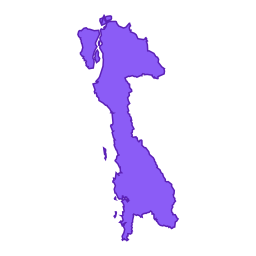 Mawlamyine, Mon, Myanmar
{"feature_id": "60261553B68016490563167", "entity_name": "Mawlamyine", "entity_type": "district", "adm_level": 2, "iso_a3": "MMR", "parent_name": "Myanmar", "parent_adm1": "Mon", "projection": "orthographic", "projection_center": [97.813, 15.742], "detail": "fine", "context": "isolated", "style": "filled", "palette": "violet", "viewbox_px": 256, "rotation_deg": 0, "n_neighbors": 0, "source": "geoboundaries", "source_scale": "gbopen_adm2", "svg_char_len": 5840}
<svg xmlns="http://www.w3.org/2000/svg" viewBox="0 0 256 256"><path d="M129.2,23.4L125.8,27.3L123.5,28.0L118.7,26.0L116.9,23.5L116.3,21.8L115.7,21.4L109.2,21.5L106.8,22.9L106.0,26.5L104.3,29.2L102.5,29.4L101.3,28.9L100.8,29.4L100.6,30.8L101.4,35.2L99.9,37.9L100.3,40.1L102.2,43.2L102.0,44.4L100.0,46.2L99.8,47.2L99.9,48.2L103.0,53.5L102.9,57.6L103.4,59.5L103.0,66.2L99.7,76.6L98.7,78.3L96.0,81.3L96.7,82.0L98.0,81.7L97.7,82.6L93.0,84.0L95.1,90.0L94.3,91.5L94.8,93.2L95.4,92.8L96.5,93.2L96.5,94.9L97.1,95.7L96.8,96.2L98.7,97.9L99.0,100.5L103.1,103.0L105.5,105.2L107.1,105.5L107.2,106.1L109.9,109.1L111.2,111.9L112.2,111.2L110.9,112.7L113.3,113.1L112.1,113.6L113.0,122.8L112.8,124.0L112.1,125.0L111.2,124.7L110.6,126.0L112.6,131.1L113.4,131.2L112.1,132.4L113.5,137.6L114.9,139.7L114.2,139.6L114.0,140.3L114.6,144.3L114.2,144.5L114.3,145.6L116.2,150.0L116.7,150.1L118.1,154.7L118.4,155.1L119.7,154.8L117.7,155.4L116.9,156.2L116.4,159.1L115.4,160.0L115.1,160.8L117.9,163.9L119.6,167.5L120.2,167.2L120.4,171.5L121.6,172.7L119.5,172.9L118.2,173.8L119.0,175.3L118.8,175.4L116.1,172.7L115.3,178.8L113.6,178.2L113.9,180.5L112.9,181.0L112.9,182.1L114.2,183.0L115.4,185.8L114.2,189.1L115.0,193.0L116.0,193.2L117.9,197.4L119.2,199.1L119.7,198.7L122.3,199.3L122.5,196.0L122.9,196.0L123.1,197.6L124.0,197.3L125.4,197.5L125.7,196.9L126.7,197.2L126.8,198.1L128.5,199.3L128.2,200.7L127.8,200.6L127.8,201.1L128.3,201.1L127.5,201.8L126.4,200.3L126.8,199.9L124.8,199.3L124.6,198.6L125.2,198.0L124.5,197.9L124.1,199.5L121.6,201.4L122.8,202.8L123.9,205.1L124.0,206.8L123.2,206.7L124.1,210.8L123.7,212.0L122.7,211.9L122.9,215.4L122.3,215.8L121.1,215.7L122.1,216.4L123.1,220.1L122.2,221.5L121.3,221.7L120.9,221.0L119.7,222.3L120.9,222.5L122.3,225.9L123.1,225.4L122.6,225.0L122.5,224.2L124.6,223.6L125.1,222.7L125.6,222.7L124.6,223.8L123.8,224.3L124.2,225.0L123.4,226.3L124.7,229.2L124.0,232.5L122.1,236.3L122.9,239.1L122.2,239.6L122.5,240.2L124.4,238.9L124.6,239.5L126.5,240.0L126.9,240.6L128.3,239.6L127.0,238.2L126.8,237.1L127.2,236.1L128.0,235.9L127.9,233.7L130.6,234.0L131.9,232.9L131.6,231.4L132.3,231.0L131.5,229.2L132.2,227.5L131.4,226.1L132.1,224.9L131.7,223.2L132.6,222.2L132.6,220.2L133.5,216.1L133.2,214.7L133.7,214.1L136.6,215.4L137.5,214.8L139.6,215.7L140.8,217.1L141.4,216.7L142.2,217.1L141.8,215.0L143.4,213.7L145.6,213.2L146.0,213.4L147.2,212.7L149.1,212.3L150.7,211.0L152.0,212.2L152.1,214.1L153.5,213.9L153.9,214.3L154.0,218.3L154.7,219.4L155.8,218.7L155.8,219.3L156.6,219.6L156.0,220.1L156.7,220.4L156.6,221.3L157.6,222.0L158.4,223.7L160.3,225.3L162.9,225.9L163.8,225.3L166.3,226.4L167.8,226.1L168.9,227.4L169.8,226.6L171.5,228.5L172.7,228.0L173.0,227.3L174.7,227.0L175.3,222.0L176.7,221.1L178.1,218.9L176.4,217.4L176.5,216.8L175.2,214.7L172.9,214.6L172.9,213.3L171.8,212.2L171.5,210.3L171.7,208.9L172.8,207.0L172.2,206.1L172.4,205.3L173.7,204.0L174.0,202.8L175.5,201.1L174.7,199.8L174.8,198.3L173.7,197.3L173.3,194.4L174.0,194.0L174.3,190.6L171.6,186.3L171.7,184.4L168.2,181.6L166.5,181.8L165.3,181.0L165.3,179.3L163.5,176.8L162.6,173.8L161.2,172.8L159.9,169.8L156.9,167.5L157.4,166.8L156.9,165.2L156.0,164.5L155.7,162.6L154.6,161.2L154.4,159.8L153.3,157.8L149.5,154.5L148.7,151.7L145.7,147.7L144.4,147.6L142.0,145.4L141.9,140.6L141.5,140.1L140.0,140.3L139.3,141.6L138.7,141.7L137.5,140.1L137.2,138.0L136.3,137.9L136.0,136.8L133.1,137.3L131.8,136.3L132.2,135.7L132.1,134.7L131.3,133.1L132.3,132.3L132.4,129.9L134.0,128.9L132.0,125.2L132.1,123.1L130.7,120.7L130.8,120.2L131.6,120.2L130.9,117.2L129.7,115.9L129.6,114.2L128.5,113.8L127.6,111.9L128.7,110.9L127.4,106.5L128.0,104.8L129.7,103.5L128.4,100.8L127.6,97.7L129.4,95.4L128.9,92.9L131.7,91.4L131.6,89.9L129.6,87.5L129.6,84.5L129.0,84.5L129.0,83.8L128.1,83.3L126.9,81.3L126.3,81.2L125.0,78.0L128.5,76.2L129.4,76.5L132.4,75.6L134.2,76.5L135.8,76.5L136.9,77.2L140.5,75.6L141.9,75.7L141.8,74.9L142.8,73.7L144.4,74.1L144.4,74.7L147.2,74.4L152.2,75.2L152.2,76.1L154.0,78.0L154.5,77.2L155.2,78.0L157.3,78.6L158.0,78.5L158.0,76.6L164.1,73.9L164.5,71.1L164.0,69.1L164.4,68.7L161.8,66.9L158.2,62.3L158.6,59.4L157.5,57.3L155.8,56.5L153.9,53.4L149.2,50.9L147.7,50.8L147.4,44.7L146.4,41.6L147.4,41.0L146.2,39.6L146.7,38.9L145.9,37.7L145.4,38.0L145.3,38.7L143.5,39.6L137.9,38.7L136.1,34.7L134.5,33.4L130.5,31.8L131.0,30.2L129.7,30.1L129.4,28.6L129.4,27.4L129.7,26.5L130.5,25.9L130.4,25.3L130.1,25.2L129.6,23.3L129.2,23.4ZM87.8,29.1L86.2,27.8L83.9,28.3L81.2,30.8L80.0,30.5L79.2,30.8L78.6,31.7L77.9,34.4L78.6,36.3L80.0,37.9L80.6,37.9L80.4,39.1L81.2,40.4L81.1,41.2L81.7,43.6L82.0,43.7L82.8,47.6L81.7,51.4L80.4,52.8L80.5,54.1L82.2,56.3L82.6,56.1L83.7,56.7L83.0,58.2L84.1,58.7L84.4,60.6L85.7,60.4L86.7,62.3L86.1,61.9L85.7,62.6L86.3,64.4L86.1,65.5L87.1,66.4L88.0,66.6L87.7,67.2L89.1,68.7L93.3,68.0L94.1,62.3L93.9,59.8L93.0,58.4L92.9,56.5L94.4,51.2L97.0,46.5L95.7,44.8L95.5,42.8L99.5,34.3L98.7,30.3L94.3,30.7L89.9,29.3L87.8,29.1ZM96.5,62.6L99.0,60.7L99.7,58.4L98.5,56.5L98.2,55.4L98.5,52.4L97.4,50.2L96.2,51.5L95.0,54.9L95.3,56.3L94.7,57.7L96.5,62.6ZM105.2,17.1L105.3,18.5L106.5,21.6L107.9,20.5L110.9,19.7L111.5,18.5L111.4,16.4L110.3,15.9L107.1,16.3L105.2,17.1ZM105.0,20.4L104.6,17.7L104.0,17.6L103.2,18.6L102.2,21.3L101.6,23.8L101.9,25.2L105.8,23.5L106.2,22.1L105.4,20.4L105.0,20.4ZM101.3,24.1L102.9,18.8L104.4,15.8L104.1,15.4L102.8,17.9L100.1,18.9L99.9,20.9L101.3,24.1ZM105.5,159.2L105.7,158.0L106.2,157.3L105.8,153.5L105.4,153.1L105.7,150.0L105.5,149.3L103.7,148.0L104.6,154.4L105.6,155.3L105.5,157.4L104.8,158.1L105.5,159.2ZM99.0,45.9L99.6,42.6L99.4,41.2L99.0,41.2L98.5,42.9L99.0,45.9ZM114.9,217.4L115.6,216.3L116.0,214.5L114.1,216.2L114.9,217.4ZM103.6,28.3L105.4,26.9L105.4,26.2L104.1,27.2L103.6,28.3ZM115.4,199.4L115.0,199.0L115.8,198.0L115.4,197.2L114.5,198.5L114.7,199.2L115.4,199.4ZM116.2,213.9L116.2,212.0L115.5,211.9L115.8,214.3L116.2,213.9Z" fill="#8b5cf6" stroke="#5b21b6" stroke-width="1.5"/></svg>